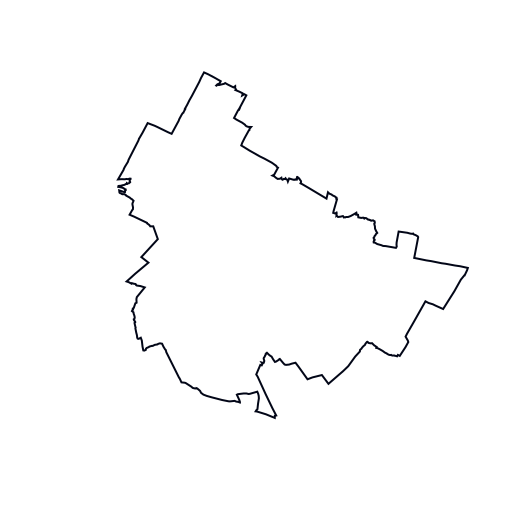 Gorbanesti, Botosani, Romania, rotated 137°
{"feature_id": "2599482B80861129440907", "entity_name": "Gorbanesti", "entity_type": "district", "adm_level": 2, "iso_a3": "ROU", "parent_name": "Romania", "parent_adm1": "Botosani", "projection": "albers", "projection_center": [26.871, 47.774], "detail": "fine", "context": "isolated", "style": "outline", "palette": "ink", "viewbox_px": 512, "rotation_deg": 137, "n_neighbors": 0, "source": "geoboundaries", "source_scale": "gbopen_adm2", "svg_char_len": 6128}
<svg xmlns="http://www.w3.org/2000/svg" viewBox="0 0 512 512"><g transform="rotate(137 256 256)"><path d="M384.3,300.3L384.0,298.4L384.9,297.1L385.6,295.4L386.5,293.9L387.8,292.9L388.5,293.1L388.8,292.8L389.1,291.7L389.1,290.8L389.3,290.1L389.5,289.9L390.3,290.0L390.7,289.6L392.5,286.5L392.8,285.8L393.5,285.4L395.8,281.7L397.1,279.3L398.5,277.4L398.9,276.4L398.7,275.8L398.2,275.4L396.0,274.8L397.2,272.0L400.8,267.1L402.8,263.8L402.2,263.0L400.7,262.5L399.8,263.2L398.7,263.3L396.5,262.5L395.8,262.5L393.3,261.2L392.9,260.7L390.7,260.1L388.3,258.5L387.6,258.5L386.1,257.8L385.6,257.4L384.5,255.9L385.5,252.9L386.2,249.6L386.1,248.8L387.2,246.8L395.0,220.4L395.3,219.4L395.3,218.7L396.7,214.4L394.6,212.0L394.1,211.2L392.4,204.5L392.3,203.0L392.1,202.4L391.0,200.8L389.8,199.6L389.6,199.8L389.3,199.2L388.9,195.5L389.5,193.4L389.0,190.5L387.4,187.2L384.8,182.9L379.0,173.8L375.2,168.5L374.3,167.5L370.4,164.6L369.8,163.1L368.4,161.3L367.7,159.8L367.4,160.0L366.4,162.1L364.6,167.6L363.5,167.3L358.8,163.9L356.7,161.9L355.5,160.1L354.5,159.4L347.6,155.9L348.4,153.7L349.4,151.9L351.0,149.9L355.1,146.7L359.4,143.0L360.8,143.0L362.2,142.6L361.3,141.5L356.7,133.5L352.7,124.8L351.2,126.3L350.0,125.6L347.8,133.5L343.1,148.6L337.1,166.6L336.6,169.2L327.1,173.4L326.4,172.1L325.2,172.5L324.6,173.6L324.5,174.2L323.7,172.9L323.3,172.6L323.0,172.7L321.5,173.6L320.4,175.7L319.7,176.2L318.1,176.5L317.3,177.0L316.2,177.2L315.8,177.7L315.1,177.6L314.7,177.9L314.0,177.8L313.9,175.1L313.6,173.2L313.2,171.8L313.9,168.9L314.4,165.6L313.3,165.1L310.0,164.5L309.3,164.7L308.8,164.5L309.1,159.3L309.1,157.1L308.3,155.9L305.8,154.0L303.3,152.9L299.9,151.0L300.4,146.0L302.4,130.7L297.5,128.7L289.0,124.0L290.2,113.1L270.8,112.4L263.7,112.5L252.0,114.8L245.2,115.3L244.2,116.2L243.8,116.4L242.1,116.3L241.1,116.6L239.2,116.8L236.7,116.7L235.9,117.2L233.4,117.5L233.1,117.4L232.9,116.8L233.1,116.4L232.9,115.5L231.6,113.8L230.6,113.1L230.5,110.0L230.1,108.6L230.0,108.0L230.1,107.5L229.9,107.2L230.7,106.8L229.9,105.6L229.1,103.4L228.1,100.1L227.6,97.4L226.8,95.5L226.8,94.8L226.1,93.0L225.4,92.0L224.6,91.5L224.5,90.8L224.2,90.3L223.8,89.8L222.8,89.1L222.5,88.3L222.1,87.9L221.2,86.4L219.7,86.9L219.0,84.9L208.8,87.4L203.3,89.2L202.6,90.7L201.6,95.0L198.7,96.1L185.1,100.3L163.0,107.3L161.8,103.9L159.6,100.1L158.5,97.2L155.3,89.6L134.8,95.0L122.3,99.0L116.6,99.8L116.5,99.6L111.4,101.6L109.2,102.8L113.7,109.3L117.0,113.4L122.7,121.1L125.1,124.0L131.4,132.8L134.4,136.6L141.6,146.7L124.5,159.2L124.3,160.0L125.0,162.4L125.9,164.2L125.8,165.3L126.5,165.5L127.9,167.2L129.5,169.8L135.0,176.6L143.8,170.1L145.4,168.6L146.7,166.9L148.1,166.5L154.3,174.7L156.2,176.7L157.0,178.5L159.2,182.1L159.9,184.6L160.7,185.6L160.3,186.2L159.1,186.8L158.2,186.8L158.0,187.2L158.1,188.2L157.6,189.1L156.6,189.2L155.4,189.8L154.7,189.7L153.5,190.2L151.6,190.2L151.2,192.1L150.3,194.8L148.8,196.6L147.6,198.9L146.5,199.2L145.6,200.5L145.8,201.1L146.1,202.3L147.4,203.0L147.9,203.7L147.8,204.1L148.3,204.7L148.3,205.1L149.2,206.1L149.1,206.5L149.4,207.2L149.4,207.7L149.6,208.1L149.6,208.5L150.5,209.6L151.3,209.6L151.3,210.1L151.2,210.4L151.4,210.9L153.1,212.1L154.8,214.5L153.3,216.5L154.6,218.0L154.0,218.8L153.4,218.7L153.1,219.2L155.2,219.6L159.6,220.7L162.0,221.7L163.5,223.1L164.3,223.3L165.0,224.0L165.4,224.2L165.2,224.8L165.3,225.2L165.2,225.9L167.3,227.1L169.4,228.6L169.5,229.7L169.3,230.7L169.6,230.7L167.7,232.4L167.5,232.8L169.1,233.1L170.1,234.9L168.5,236.0L158.0,242.3L158.3,243.1L157.3,243.8L157.6,244.6L157.7,245.8L158.7,248.2L158.8,249.4L159.8,251.5L159.9,253.5L165.3,249.9L170.9,269.3L173.3,277.3L173.9,278.8L172.5,279.4L171.9,280.5L171.9,281.5L171.5,283.3L171.9,283.6L172.0,284.0L171.7,284.7L171.8,285.6L172.0,285.8L172.3,285.7L174.0,284.0L174.9,284.7L174.9,285.1L175.3,285.2L175.8,285.7L176.0,285.6L176.6,286.2L178.9,290.1L181.9,288.7L181.2,290.2L181.1,290.5L181.6,291.7L181.4,292.7L182.4,292.6L183.1,293.4L184.5,293.6L184.7,294.1L184.6,295.1L184.1,295.9L185.8,296.2L187.6,297.6L188.1,299.8L188.3,301.8L189.1,303.6L187.2,303.1L179.7,305.6L179.9,306.1L180.0,307.3L179.7,308.0L180.8,313.5L183.5,321.6L185.3,326.3L188.7,337.1L191.4,346.9L188.8,348.2L183.7,350.1L175.7,352.7L174.9,352.6L174.4,353.2L173.3,353.5L171.6,353.7L173.6,355.7L174.5,357.4L174.7,358.7L174.5,359.4L175.2,363.0L177.3,369.2L177.9,371.9L170.2,374.6L168.5,375.0L168.4,374.6L166.8,375.3L166.8,375.5L153.5,380.1L154.2,382.3L156.6,382.8L154.8,383.9L154.8,384.1L156.1,387.5L157.8,391.3L157.1,391.3L156.6,393.4L155.8,393.9L155.4,394.4L157.5,394.7L159.8,400.9L160.6,403.5L161.9,403.7L166.0,406.0L166.5,406.3L167.5,407.6L168.7,407.5L168.8,407.8L167.2,407.9L164.9,407.1L162.6,407.9L164.8,415.0L167.2,421.9L168.8,425.7L174.8,423.7L178.8,422.0L193.7,416.8L198.5,415.3L203.3,413.5L207.4,412.2L207.7,412.1L207.6,411.7L210.6,410.7L211.4,410.3L212.1,410.5L213.8,410.1L218.6,408.5L220.4,407.6L234.4,402.9L236.0,406.7L240.2,417.7L241.3,420.4L244.6,427.1L255.0,423.5L261.0,421.7L261.6,421.6L262.3,421.1L263.9,420.4L283.5,413.3L285.5,412.2L290.9,410.7L293.2,409.9L293.9,409.4L304.7,406.1L302.3,404.2L299.4,401.4L298.3,400.8L297.1,399.4L295.8,398.9L295.0,398.1L295.1,397.9L295.6,397.7L296.2,397.7L297.0,397.3L297.6,396.6L297.5,396.1L297.7,395.8L299.4,395.9L300.3,396.5L300.7,396.8L300.8,397.2L301.3,396.7L302.3,397.5L303.3,397.6L304.7,398.3L305.7,399.0L306.1,398.9L308.8,401.0L309.6,400.5L308.0,398.4L306.8,396.4L306.5,395.6L306.5,394.7L305.9,393.6L306.2,393.2L306.4,393.0L307.0,393.2L308.3,392.1L308.6,392.3L311.3,397.3L312.6,395.5L312.5,394.6L311.7,393.3L311.8,392.8L311.6,392.3L310.5,391.4L309.8,390.1L309.6,389.6L309.8,389.2L309.8,388.8L308.5,384.8L308.4,383.4L308.0,382.1L307.9,379.9L310.5,378.7L311.2,378.0L312.8,375.4L314.2,374.1L315.3,374.0L320.3,372.4L318.3,367.9L313.1,354.6L313.4,354.1L313.0,352.2L312.9,351.2L313.1,349.8L310.9,347.8L316.3,335.3L340.6,333.4L339.2,324.5L356.2,325.4L368.0,325.6L366.9,323.6L365.9,320.6L365.3,320.8L364.2,318.9L363.3,317.8L363.2,317.1L363.5,316.7L363.4,315.8L361.0,312.8L358.8,308.9L371.2,307.2L372.8,306.1L375.2,303.3L376.5,303.7L380.8,301.4L381.9,301.6L382.5,300.6L383.1,300.8L384.3,300.3Z" fill="none" stroke="#020617" stroke-width="2"/></g></svg>